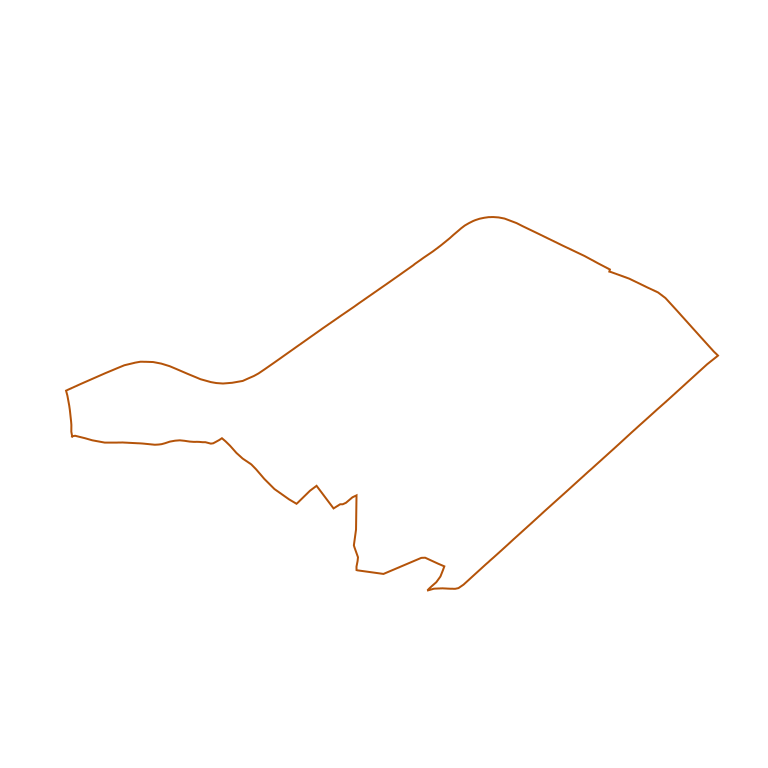 outline of Mushin, Lagos, Nigeria, rotated 49°
{"feature_id": "59680162B75104511306168", "entity_name": "Mushin", "entity_type": "district", "adm_level": 2, "iso_a3": "NGA", "parent_name": "Nigeria", "parent_adm1": "Lagos", "projection": "mercator", "projection_center": [3.345, 6.529], "detail": "fine", "context": "isolated", "style": "outline", "palette": "amber", "viewbox_px": 768, "rotation_deg": 49, "n_neighbors": 0, "source": "geoboundaries", "source_scale": "gbopen_adm2", "svg_char_len": 2385}
<svg xmlns="http://www.w3.org/2000/svg" viewBox="0 0 768 768"><g transform="rotate(49 384 384)"><path d="M586.9,421.8L586.8,419.8L586.8,418.1L586.8,415.0L586.5,399.3L586.3,391.4L586.2,388.2L585.7,362.3L585.3,346.5L584.8,314.9L584.7,310.6L584.5,301.0L584.2,287.0L584.2,284.0L583.9,267.5L583.5,246.6L583.0,228.5L582.8,217.6L582.7,210.2L582.4,194.3L582.3,181.8L581.9,162.8L581.4,140.9L581.1,127.2L581.7,113.3L581.1,113.3L576.0,113.8L556.0,114.2L519.2,114.8L503.7,115.2L494.7,117.1L483.9,121.9L465.4,129.8L448.5,139.2L447.0,140.2L445.8,138.4L433.3,143.3L418.9,148.7L396.9,158.3L371.9,168.9L355.9,175.8L349.5,178.4L338.2,184.5L333.5,188.2L329.7,192.0L326.7,195.6L324.3,199.3L322.0,203.4L320.3,207.4L319.5,209.7L318.3,214.4L317.4,219.1L317.1,223.6L317.1,227.0L317.0,234.1L317.1,238.9L316.7,250.5L316.0,260.2L315.5,264.5L314.7,271.1L313.6,282.2L313.6,283.7L310.9,310.4L308.0,337.2L306.6,350.1L306.0,356.4L304.3,370.9L301.8,393.6L298.6,425.4L297.6,435.4L295.9,452.3L294.6,464.4L293.7,471.8L292.6,476.9L290.8,482.6L289.0,488.6L283.4,497.9L281.9,499.9L280.3,502.1L278.0,505.2L273.3,509.9L269.0,513.4L259.9,519.4L256.4,521.1L251.6,523.5L247.6,525.5L236.6,530.8L229.9,534.1L222.5,538.7L216.0,543.8L210.8,549.4L207.4,553.2L204.4,558.2L204.3,558.5L199.5,567.7L196.9,575.4L195.1,580.9L193.0,587.2L185.0,612.9L180.4,628.3L185.1,630.6L193.9,635.8L197.6,638.2L207.1,644.8L209.8,646.8L214.9,651.3L218.6,653.5L219.4,654.7L219.1,653.3L220.4,651.1L228.8,645.2L235.1,641.1L244.9,633.3L252.4,624.7L256.6,619.7L267.2,608.7L268.6,607.2L270.7,605.1L279.5,596.8L281.9,593.7L283.5,591.3L285.0,588.2L287.0,583.4L289.7,578.9L292.5,575.1L295.9,571.9L300.0,568.4L302.8,565.6L305.1,562.9L306.5,561.4L309.1,558.9L310.7,557.0L315.4,553.8L316.7,551.8L317.2,549.6L318.2,545.0L318.6,541.9L323.3,541.2L329.5,540.7L339.2,540.6L347.5,539.6L357.6,536.9L364.6,536.5L377.0,536.6L391.4,535.6L408.9,531.3L417.0,528.6L417.0,526.9L416.0,509.8L416.6,501.7L444.8,503.7L446.0,496.0L447.7,494.0L448.7,490.6L448.8,482.2L450.0,477.8L475.5,500.6L486.0,512.6L488.0,513.5L497.7,517.3L500.3,520.1L503.8,524.6L506.4,526.8L507.2,526.3L527.0,509.0L539.7,469.9L542.1,466.9L555.2,461.0L561.2,458.1L563.2,461.7L566.3,467.7L566.7,469.4L567.9,474.6L567.9,479.8L568.0,483.7L568.2,486.0L568.6,486.2L571.3,480.5L576.6,473.9L581.8,468.5L585.3,464.6L586.9,461.7L587.6,455.6L586.9,425.5L586.9,421.8Z" fill="none" stroke="#b45309" stroke-width="2"/></g></svg>